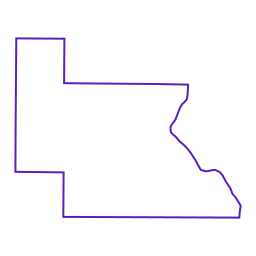 outline of Louisa, Iowa, United States of America
{"feature_id": "52423323B44101678626651", "entity_name": "Louisa", "entity_type": "district", "adm_level": 2, "iso_a3": "USA", "parent_name": "United States of America", "parent_adm1": "Iowa", "projection": "robinson", "projection_center": [-91.114, 41.248], "detail": "fine", "context": "isolated", "style": "outline", "palette": "violet", "viewbox_px": 256, "rotation_deg": 0, "n_neighbors": 0, "source": "geoboundaries", "source_scale": "gbopen_adm2", "svg_char_len": 639}
<svg xmlns="http://www.w3.org/2000/svg" viewBox="0 0 256 256"><path d="M16.3,38.4L15.6,127.3L15.4,171.8L63.6,172.4L63.3,216.9L239.3,217.6L239.8,211.6L240.6,206.4L240.5,205.4L236.0,198.0L232.4,193.7L230.4,188.3L226.0,181.9L222.5,175.2L220.3,172.7L219.0,171.7L215.0,169.9L212.9,170.0L206.8,171.3L205.6,171.2L200.8,169.9L195.2,159.9L190.7,152.9L187.7,149.0L184.2,145.3L179.3,141.1L176.1,137.1L172.4,134.0L171.3,132.7L170.7,131.5L170.5,127.1L172.1,124.0L174.6,120.9L175.9,118.4L179.7,108.3L181.9,104.5L185.8,100.7L186.9,98.8L187.6,94.7L188.1,84.6L154.8,84.0L64.1,83.2L64.4,38.7L16.3,38.4Z" fill="none" stroke="#5b21b6" stroke-width="2"/></svg>